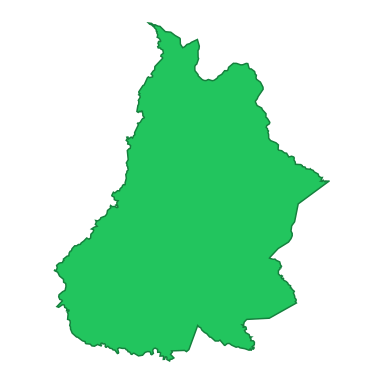 San José Del Fragua, Caquetá, Colombia (Albers equal-area conic projection)
{"feature_id": "7082276B10460666438069", "entity_name": "San José Del Fragua", "entity_type": "district", "adm_level": 2, "iso_a3": "COL", "parent_name": "Colombia", "parent_adm1": "Caquetá", "projection": "albers", "projection_center": [-76.127, 1.343], "detail": "fine", "context": "isolated", "style": "filled", "palette": "green", "viewbox_px": 384, "rotation_deg": 0, "n_neighbors": 0, "source": "geoboundaries", "source_scale": "gbopen_adm2", "svg_char_len": 5942}
<svg xmlns="http://www.w3.org/2000/svg" viewBox="0 0 384 384"><path d="M329.5,180.8L328.5,181.2L325.6,181.0L325.0,181.8L323.2,180.2L322.2,181.5L320.9,181.2L321.7,180.8L321.2,180.0L322.3,177.5L321.0,177.6L318.8,176.2L318.1,174.0L314.2,171.9L313.2,170.4L311.1,169.6L310.3,168.8L310.0,169.3L306.0,168.8L305.1,167.1L302.3,166.6L302.3,165.6L300.8,164.6L295.5,164.3L295.2,162.0L294.0,160.0L294.2,157.9L293.7,157.0L291.6,156.2L288.8,157.0L286.6,153.2L284.5,152.9L281.7,150.7L278.8,150.2L278.1,149.3L278.4,144.9L276.0,142.8L270.6,140.6L268.7,138.3L268.6,134.3L267.9,132.6L268.5,131.0L267.7,130.3L267.4,128.6L266.2,127.5L266.7,125.6L269.4,123.8L269.8,122.3L267.3,118.3L265.9,117.2L266.0,113.7L262.4,109.7L261.7,108.0L257.1,105.6L255.4,101.9L255.5,101.0L257.2,98.9L258.1,96.6L263.1,89.3L263.0,87.2L260.4,82.1L256.5,79.3L256.0,77.6L256.4,75.2L255.3,74.3L254.6,71.5L251.2,68.9L250.1,69.0L249.0,68.0L247.8,63.6L246.2,63.4L242.9,64.7L240.8,64.9L236.6,63.4L233.4,63.3L228.6,67.3L228.0,69.8L227.1,70.7L224.6,70.7L221.7,74.4L218.2,76.3L217.3,78.0L214.2,80.3L212.2,80.7L208.3,79.5L206.1,80.6L203.9,80.4L202.2,79.6L198.2,75.9L198.0,74.5L194.9,70.6L194.8,66.5L195.6,65.0L196.7,64.2L198.6,58.6L198.1,57.3L198.0,50.5L199.0,48.9L199.3,46.1L197.4,39.5L191.4,42.3L189.8,43.6L187.0,44.4L184.6,46.8L182.7,47.7L180.4,44.1L180.2,38.9L179.7,38.1L175.1,35.5L170.8,32.2L165.4,31.7L160.0,26.4L157.9,26.1L155.2,24.8L153.4,24.9L151.5,23.4L148.5,23.0L149.7,24.2L151.5,24.8L153.2,26.4L154.5,26.5L154.2,27.5L156.2,29.5L156.3,31.2L157.1,31.6L156.8,32.8L157.8,34.8L157.2,37.3L158.5,37.8L160.0,39.4L160.7,41.1L160.2,41.6L159.0,41.3L158.4,41.9L158.0,43.6L158.7,44.5L158.8,45.7L157.7,46.6L158.2,47.9L160.5,48.1L161.0,49.2L162.8,49.9L163.4,53.2L161.2,54.9L160.8,56.2L162.5,57.4L162.6,58.3L154.9,66.5L154.6,69.9L153.1,71.1L151.1,74.0L152.6,75.5L152.5,76.9L149.7,77.6L148.4,76.9L147.4,77.8L144.2,84.9L142.9,85.6L138.8,91.8L138.9,93.0L139.8,93.7L138.7,94.8L139.8,95.5L140.2,97.2L138.3,100.4L138.8,101.4L138.6,104.4L137.9,105.4L136.9,111.5L138.2,112.4L139.3,111.4L140.0,111.9L141.3,111.0L142.4,111.3L142.1,112.2L142.8,113.3L142.9,115.7L144.3,117.4L143.9,118.2L142.7,118.5L141.7,119.8L140.4,122.1L139.1,123.1L137.9,123.0L137.5,123.4L138.4,124.8L134.6,132.6L134.8,134.7L133.6,135.8L132.6,138.0L131.1,137.1L128.6,138.9L127.9,137.0L126.8,137.2L127.3,138.6L126.2,140.3L128.0,141.9L127.7,144.0L129.4,144.5L130.6,145.7L130.2,148.4L129.1,148.7L127.3,150.5L128.2,159.6L126.3,163.0L127.0,164.2L126.9,165.7L127.9,167.0L127.7,167.9L128.2,168.9L128.1,170.1L126.9,171.2L126.9,172.5L125.8,174.5L126.3,178.3L125.1,182.7L125.2,184.2L124.9,184.8L123.5,184.6L122.6,185.4L122.0,187.1L120.2,188.6L119.5,190.8L117.5,190.7L114.9,192.9L113.4,192.2L111.8,195.4L112.0,196.0L114.2,197.2L114.3,199.6L116.1,200.5L118.1,200.7L116.9,202.5L116.9,204.4L115.7,205.1L116.2,205.6L117.6,205.5L117.9,207.3L117.0,207.7L114.5,206.5L112.2,206.6L110.6,205.5L110.3,206.6L110.7,207.9L107.5,210.4L106.9,213.8L105.3,216.0L100.9,217.7L100.0,219.5L97.7,220.9L95.7,220.5L96.4,222.0L95.3,224.3L97.2,226.3L94.4,227.1L91.5,229.0L93.5,229.6L93.7,230.2L93.0,232.1L90.9,234.2L90.6,238.0L89.0,239.2L86.7,238.0L83.8,241.0L81.1,243.0L80.4,244.4L78.4,244.5L76.7,245.8L74.7,245.8L72.1,248.6L71.4,250.7L70.1,251.4L69.2,253.0L68.8,255.8L67.0,256.2L63.4,259.1L63.9,260.5L63.1,260.9L62.5,262.5L59.2,263.1L56.6,265.4L57.2,267.6L56.5,270.1L55.9,270.4L54.8,270.0L54.5,270.6L57.7,272.2L59.5,276.0L63.5,279.3L63.6,282.2L65.7,283.5L66.0,286.2L65.1,290.4L62.6,291.7L59.1,294.7L58.7,296.8L59.8,299.4L61.7,300.0L62.3,300.9L56.9,306.6L58.7,307.3L62.4,304.8L63.8,304.8L64.3,305.3L64.7,307.4L66.4,308.2L66.9,309.1L66.6,310.4L68.2,309.9L69.0,310.2L68.9,311.0L67.2,312.0L68.1,313.8L67.6,319.4L69.1,319.8L70.0,320.7L70.3,322.8L69.7,325.4L70.5,327.0L70.5,329.0L72.2,333.1L76.5,337.0L77.7,337.2L82.4,340.8L85.1,341.6L85.4,343.1L86.0,343.7L90.2,344.1L91.9,345.9L94.5,346.2L97.5,344.5L101.1,345.9L101.4,345.4L100.7,344.1L101.2,343.2L102.0,343.1L103.1,344.0L104.6,343.7L105.4,344.6L105.2,346.4L105.6,347.1L106.3,347.3L107.5,346.3L108.1,346.4L109.7,348.1L112.1,348.7L113.0,349.9L114.9,350.1L117.4,353.5L118.4,353.2L118.6,352.5L117.6,348.8L119.2,347.7L122.3,348.4L125.1,348.4L126.3,349.8L127.4,350.2L128.1,351.7L129.7,352.0L131.1,354.2L131.9,354.4L133.2,353.3L134.2,353.3L138.5,355.9L142.6,355.2L145.1,352.4L147.4,351.6L149.8,351.7L150.5,352.6L150.9,354.3L151.8,354.7L153.4,353.4L152.8,350.9L153.0,349.5L154.1,348.4L155.3,348.1L157.6,349.4L157.7,352.3L159.7,352.2L160.6,352.9L160.0,356.1L163.0,356.0L163.6,356.5L163.3,359.4L164.6,359.3L165.4,356.9L166.2,356.8L166.9,357.4L166.9,359.5L169.6,361.0L170.1,359.4L171.9,359.2L173.9,357.9L170.5,354.3L172.3,352.1L171.6,350.9L184.5,350.4L186.5,351.6L188.9,349.6L197.7,325.5L198.9,326.9L200.7,327.7L201.9,330.1L204.4,332.4L206.8,333.7L209.6,337.0L211.1,337.3L215.2,341.0L218.5,341.0L220.0,340.1L224.4,345.3L225.0,345.4L227.2,343.6L229.3,343.4L231.6,345.1L236.1,347.2L238.4,346.7L239.9,347.8L244.9,348.7L249.1,350.2L250.1,348.9L250.4,350.0L251.2,350.2L252.1,348.8L253.4,349.1L254.0,348.3L254.0,347.4L252.6,347.7L252.0,346.9L254.3,344.8L254.4,342.2L253.4,340.9L250.7,340.6L251.1,339.1L250.1,337.9L251.5,337.0L249.8,336.8L249.1,334.6L245.6,332.6L244.5,330.4L246.4,329.3L246.0,327.2L244.7,326.5L244.0,327.3L243.2,327.3L243.4,326.0L242.2,324.9L243.6,324.9L244.2,322.1L246.7,319.4L269.3,318.2L296.4,303.0L295.3,301.7L296.1,300.9L296.1,299.4L294.7,297.7L294.7,296.2L293.4,293.0L294.3,291.3L292.2,289.5L291.4,288.0L290.4,287.8L290.6,285.8L288.4,284.6L287.8,283.1L286.3,281.6L283.7,280.2L283.2,279.3L283.5,278.5L283.1,278.2L281.9,278.7L281.2,277.6L282.4,276.1L281.3,275.4L280.9,275.8L280.0,275.6L278.4,273.9L278.4,270.6L279.9,269.1L279.9,267.9L281.0,267.7L280.9,266.9L281.5,266.2L280.6,265.2L279.7,261.9L276.4,260.4L275.0,259.1L273.1,259.3L269.4,258.2L269.5,257.8L278.2,248.5L288.5,242.1L291.0,238.7L292.2,235.8L292.2,233.4L291.0,231.0L291.7,225.8L294.6,221.8L298.2,203.9L329.5,180.8Z" fill="#22c55e" stroke="#15803d" stroke-width="1.5"/></svg>